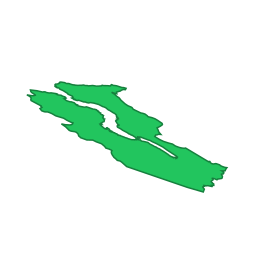 the district of Gratangen nor, Norway, rotated 19°
{"feature_id": "86288312B27152726766865", "entity_name": "Gratangen nor", "entity_type": "district", "adm_level": 2, "iso_a3": "NOR", "parent_name": "Norway", "parent_adm1": "", "projection": "equal_earth", "projection_center": [17.46, 68.708], "detail": "fine", "context": "isolated", "style": "filled", "palette": "green", "viewbox_px": 256, "rotation_deg": 19, "n_neighbors": 0, "source": "geoboundaries", "source_scale": "gbopen_adm2", "svg_char_len": 5904}
<svg xmlns="http://www.w3.org/2000/svg" viewBox="0 0 256 256"><g transform="rotate(19 128 128)"><path d="M220.0,164.0L220.1,161.0L217.9,159.5L218.2,158.8L219.2,158.2L218.6,157.6L221.1,157.1L222.2,156.5L226.5,156.0L226.6,155.6L225.7,155.0L227.8,154.3L227.6,153.7L227.2,153.5L227.1,152.9L225.5,152.6L225.4,152.2L224.3,151.9L224.0,151.4L224.3,150.6L225.3,149.4L225.2,148.6L223.5,148.2L225.7,147.8L229.0,148.0L229.3,147.2L233.0,145.2L233.3,144.5L233.0,142.9L231.6,141.8L231.6,141.5L231.4,141.2L232.9,140.5L233.2,139.7L232.7,139.2L233.0,138.9L232.3,138.3L230.8,138.0L233.7,136.9L234.0,134.5L234.4,133.3L232.4,133.7L229.7,133.7L227.8,133.5L227.2,133.2L226.4,133.0L223.2,133.0L222.5,133.1L220.3,134.3L218.7,134.4L217.0,133.9L216.5,133.4L216.5,133.1L216.3,133.0L215.5,133.2L215.2,133.7L189.0,128.2L187.7,128.9L185.4,129.4L182.7,129.7L178.7,129.6L175.3,128.7L171.4,129.0L165.9,129.1L161.7,128.6L156.7,127.5L156.1,127.3L156.5,125.6L157.8,125.0L158.9,124.0L161.2,123.4L158.9,122.1L158.1,121.4L157.3,120.3L155.4,118.4L157.7,116.1L159.2,114.2L159.4,113.4L158.7,112.5L153.5,111.1L150.5,110.5L147.1,110.4L143.3,110.8L142.1,110.1L139.6,109.3L137.4,109.3L135.2,109.6L126.9,108.6L125.2,107.4L124.5,107.2L120.7,107.0L117.3,106.1L112.1,103.9L110.1,102.5L106.8,101.6L104.1,100.4L101.7,99.9L100.9,99.5L104.6,99.5L106.3,99.3L105.4,97.8L108.9,95.4L109.2,94.7L110.9,93.2L113.1,92.6L113.3,91.1L110.8,91.2L109.0,91.7L103.6,91.8L101.8,92.1L100.4,92.5L98.4,92.3L97.8,93.1L97.8,93.8L97.2,94.1L95.0,94.6L91.0,95.9L89.6,96.0L89.3,96.7L86.4,98.0L84.5,98.7L80.8,99.3L76.8,101.1L75.8,101.1L73.6,101.8L72.1,101.8L70.3,102.6L69.9,103.0L69.3,103.0L66.5,104.1L63.4,104.8L62.6,104.7L62.9,104.9L60.8,105.2L57.6,105.2L55.1,106.0L53.4,105.7L49.6,106.4L48.7,106.8L48.5,107.3L48.7,107.5L48.7,107.9L47.9,108.4L47.9,108.7L46.5,109.6L45.2,110.1L44.9,110.7L44.9,111.2L45.1,111.4L46.4,111.9L45.7,112.5L45.9,112.6L48.1,113.1L48.7,112.7L49.3,112.7L50.3,112.9L50.4,113.2L51.0,113.5L54.6,113.8L58.8,114.8L59.6,115.0L60.3,115.6L64.9,116.0L66.1,116.9L66.0,117.3L64.8,117.6L66.0,117.9L65.5,118.1L65.9,118.2L67.6,118.2L67.2,118.5L67.4,118.7L70.8,118.6L71.5,118.4L71.5,118.2L72.0,117.9L73.0,117.8L77.4,117.8L78.2,117.7L78.8,117.3L80.6,117.4L82.2,117.2L82.7,117.1L84.2,116.2L87.6,115.6L92.6,115.3L97.2,116.0L98.5,115.9L100.4,116.1L103.5,117.3L105.0,117.4L109.4,118.5L110.4,118.5L112.7,119.4L112.9,120.0L113.5,120.5L113.3,120.7L113.5,121.0L114.5,121.4L114.3,121.8L114.9,121.6L114.9,121.9L115.8,122.4L115.0,123.0L115.4,123.5L114.3,124.2L114.2,124.5L114.5,124.7L114.1,125.4L114.8,126.0L115.7,126.7L116.4,127.3L117.3,127.9L118.5,128.1L118.5,128.4L118.1,128.4L118.3,128.5L118.1,128.7L117.4,129.0L117.5,129.3L117.1,129.7L117.3,130.0L117.6,130.1L117.8,130.6L118.2,130.7L121.3,131.2L123.8,131.9L129.0,132.7L130.7,133.3L131.6,133.2L133.3,133.6L134.4,133.5L139.5,134.8L141.5,134.1L141.5,133.8L141.9,133.8L141.3,133.4L140.3,133.5L140.1,133.2L141.5,133.1L140.8,133.0L142.9,132.5L151.0,132.7L153.0,132.6L155.5,133.1L160.0,133.5L167.4,134.7L171.9,136.1L182.5,138.7L184.0,139.3L183.6,139.8L183.6,140.3L183.8,140.0L184.0,140.1L183.6,140.4L183.2,140.3L183.3,140.6L184.6,140.9L182.7,140.8L182.0,140.6L181.3,140.7L180.9,141.2L181.1,141.2L180.8,141.2L181.6,141.5L180.3,141.2L179.9,141.1L180.7,141.1L180.0,140.9L177.8,141.0L177.6,140.8L176.7,140.8L176.3,140.5L174.9,140.2L174.3,139.8L173.3,139.7L172.2,139.3L167.6,138.2L166.5,138.1L166.0,137.8L164.6,137.5L162.5,137.4L160.9,136.9L159.1,136.9L156.8,136.4L154.2,136.1L151.5,135.2L147.1,135.6L145.3,136.0L143.2,135.4L140.9,135.8L140.1,135.7L139.8,135.8L140.2,136.0L139.8,136.4L138.4,136.7L137.8,137.2L137.1,137.2L135.4,137.8L133.4,138.0L132.8,137.9L132.4,138.1L130.6,137.9L127.8,138.0L127.1,137.8L126.5,137.9L124.4,137.8L123.9,137.9L123.0,137.6L122.4,137.8L121.2,137.7L121.0,138.1L119.5,137.2L118.2,137.3L116.8,136.9L116.3,137.1L114.7,136.7L114.4,136.9L113.7,136.9L113.9,136.6L113.7,136.3L113.4,136.3L113.8,136.6L113.6,136.8L112.8,136.8L112.6,136.8L112.9,137.1L111.9,137.1L110.9,136.5L110.9,136.2L111.3,135.7L110.2,135.0L109.2,134.9L108.2,134.5L107.8,134.7L107.6,135.1L108.0,135.2L107.8,135.5L108.4,135.6L108.5,136.0L106.1,136.2L106.3,136.1L105.9,136.1L101.9,134.6L101.7,134.4L101.9,134.4L101.4,134.2L101.6,134.1L101.3,134.1L101.3,133.6L101.0,133.5L101.9,133.2L101.6,133.1L101.4,132.8L101.6,132.8L101.1,132.7L101.3,132.5L100.9,132.4L101.3,132.0L101.2,131.8L101.4,131.7L102.5,130.3L103.2,129.9L103.3,129.1L103.2,128.6L102.5,127.8L102.9,127.2L101.8,127.2L101.4,127.0L101.5,126.6L100.7,126.3L100.9,125.3L100.2,124.4L100.5,124.2L99.6,123.8L98.8,124.0L97.6,123.7L97.2,123.4L97.3,122.8L95.6,122.6L95.3,122.2L94.3,122.0L94.4,121.7L92.5,121.3L92.4,121.1L92.1,121.0L90.0,121.2L89.1,121.5L81.9,121.5L80.1,122.5L75.2,123.2L72.6,123.3L71.4,122.9L71.8,122.6L70.9,122.6L69.1,121.7L66.0,121.7L64.6,122.1L61.5,122.2L59.9,121.9L59.1,121.4L58.1,121.2L58.4,121.0L58.4,120.8L58.9,120.8L58.8,120.4L59.8,120.2L59.3,120.1L59.6,119.9L59.2,119.7L59.1,119.4L58.1,119.1L55.7,119.2L54.2,118.8L51.5,119.4L50.1,119.5L49.3,119.3L49.6,118.9L48.8,118.9L43.9,119.8L42.0,120.6L39.1,121.0L38.3,120.8L36.8,121.1L35.6,121.8L29.8,122.4L23.4,123.8L24.3,125.2L24.8,125.5L25.9,126.0L26.7,126.1L29.5,126.9L29.7,127.2L29.0,127.6L28.4,128.1L26.8,128.7L21.6,129.6L24.7,130.1L26.1,130.7L26.5,131.1L26.8,131.9L26.8,132.6L27.4,133.6L38.7,135.4L38.7,136.0L39.9,136.5L38.4,138.3L40.7,139.8L43.0,139.9L44.2,139.8L46.7,139.0L48.9,139.0L51.6,139.2L55.5,140.0L56.8,140.0L64.0,139.7L67.9,140.6L73.1,141.2L74.2,141.0L74.3,142.1L73.9,142.8L73.1,143.5L71.9,144.1L67.6,145.3L63.7,145.8L68.7,147.2L73.2,149.4L75.1,149.5L79.1,148.8L80.6,148.9L82.4,149.7L82.8,150.0L84.0,151.6L85.9,152.3L86.2,152.6L93.0,152.7L98.7,150.9L102.4,151.4L108.1,151.5L111.9,153.0L113.6,154.2L116.8,154.1L119.0,154.3L120.2,154.6L120.0,156.0L120.4,157.0L121.9,158.6L124.4,160.4L126.2,161.0L128.4,162.1L131.2,161.8L133.1,162.3L139.3,164.9L203.4,164.8L220.0,164.0Z" fill="#22c55e" stroke="#15803d" stroke-width="1.5"/></g></svg>